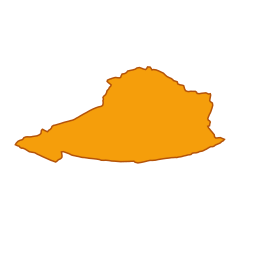 Uriri, Nyanza, Kenya (Equal Earth projection), rotated 120°
{"feature_id": "3690345B30579177198917", "entity_name": "Uriri", "entity_type": "district", "adm_level": 2, "iso_a3": "KEN", "parent_name": "Kenya", "parent_adm1": "Nyanza", "projection": "equal_earth", "projection_center": [34.454, -0.944], "detail": "fine", "context": "isolated", "style": "filled", "palette": "amber", "viewbox_px": 256, "rotation_deg": 120, "n_neighbors": 0, "source": "geoboundaries", "source_scale": "gbopen_adm2", "svg_char_len": 3475}
<svg xmlns="http://www.w3.org/2000/svg" viewBox="0 0 256 256"><g transform="rotate(120 128 128)"><path d="M129.2,71.0L127.8,69.6L126.7,68.1L125.6,66.9L124.4,65.8L122.8,64.0L121.3,62.6L120.4,61.3L119.4,60.2L117.7,59.7L116.5,58.3L115.6,56.8L114.2,55.3L112.6,54.2L111.6,53.0L110.7,52.0L109.6,51.2L108.3,50.4L107.2,49.6L106.1,49.0L104.6,48.2L102.9,47.1L101.7,45.2L100.7,44.4L99.1,43.8L97.6,42.7L96.0,41.5L94.7,40.6L93.0,40.1L91.4,39.1L89.6,38.8L90.0,41.7L90.1,43.1L91.0,44.5L91.9,45.6L92.8,47.0L92.4,48.6L90.7,50.0L90.4,50.8L89.6,52.8L89.0,54.6L88.2,56.6L87.6,58.3L86.6,59.8L85.3,58.5L84.4,58.9L83.0,59.4L81.7,59.7L81.1,60.8L81.0,62.4L80.0,63.6L78.6,63.9L76.9,64.1L75.4,64.3L73.8,64.3L71.8,64.6L70.4,64.9L69.4,65.1L68.8,65.2L67.8,65.5L67.3,65.6L65.9,66.0L64.2,67.4L64.0,69.8L63.4,71.0L62.3,71.4L61.2,71.8L59.7,72.3L58.1,72.9L57.2,73.9L58.3,75.1L58.6,78.1L59.9,79.9L61.2,81.7L62.3,83.0L62.7,83.5L63.2,84.7L63.5,85.4L62.7,86.6L62.6,88.1L63.7,89.9L64.9,92.2L66.1,93.6L66.7,95.1L66.9,96.9L65.8,98.6L64.5,99.9L63.5,101.0L63.9,102.7L64.6,104.5L64.9,106.9L63.4,108.4L63.5,109.2L64.2,112.4L63.9,112.9L63.7,113.6L63.5,115.3L63.8,117.7L63.9,120.2L63.4,122.6L62.8,124.7L63.0,127.1L63.2,129.8L63.5,131.8L63.6,132.6L64.6,135.1L65.7,136.3L64.9,137.7L64.2,139.3L65.3,141.6L67.2,141.6L68.6,142.0L69.2,144.1L69.5,146.2L69.9,148.3L71.6,150.3L73.6,151.2L74.0,151.7L75.0,152.6L75.3,152.9L76.7,154.5L78.9,156.8L80.6,157.0L82.0,157.7L83.0,158.6L84.2,160.1L86.3,160.0L87.7,159.7L88.7,160.2L89.6,161.9L90.2,163.5L90.6,164.3L91.2,164.9L92.4,166.1L93.0,166.7L93.6,167.1L94.7,168.2L95.3,168.6L95.8,169.0L96.8,169.7L98.1,169.4L98.5,167.7L98.8,166.0L98.9,165.0L99.1,164.1L100.6,163.9L102.1,164.4L103.9,164.2L106.1,164.8L108.4,164.2L110.4,164.1L112.2,164.8L114.0,165.0L115.3,163.7L116.8,163.4L118.7,162.0L120.7,161.3L122.4,161.8L124.6,164.2L126.7,166.0L129.1,167.8L130.6,168.8L131.8,169.6L133.8,170.8L135.4,171.7L137.9,173.3L141.5,175.4L143.6,176.5L145.1,177.5L147.0,178.5L148.4,179.5L149.5,180.5L150.4,181.5L151.5,182.5L155.1,186.2L157.8,188.6L160.3,191.0L161.8,192.4L163.0,193.8L164.6,194.6L166.5,194.3L168.2,194.7L169.8,195.6L171.1,195.7L171.5,195.9L171.8,198.5L171.8,200.0L171.8,200.9L171.9,201.5L173.4,201.8L174.6,201.3L176.2,200.7L177.7,201.1L179.0,201.9L180.3,202.9L181.6,204.5L182.9,206.2L184.0,207.4L185.0,208.9L185.8,210.5L186.8,212.0L188.4,213.3L190.0,213.4L191.2,213.9L192.7,215.4L194.5,216.6L197.0,217.2L198.8,217.2L198.6,214.7L198.2,213.3L198.8,211.6L198.7,210.1L198.0,208.9L197.7,206.5L197.8,204.1L197.9,201.6L196.8,198.5L196.5,197.8L196.0,196.3L196.0,194.4L196.0,193.8L196.0,193.1L195.8,191.8L195.7,190.6L195.5,187.8L194.5,178.4L194.2,177.0L193.9,175.2L193.6,173.6L192.1,172.9L190.9,172.6L190.3,172.4L188.9,171.4L188.4,171.1L187.2,170.7L186.6,170.6L185.7,170.9L185.0,171.3L184.2,171.9L183.7,172.3L182.0,173.7L180.8,172.2L180.4,170.1L180.1,168.3L179.7,166.2L179.6,163.4L179.2,161.8L178.6,160.1L178.0,158.1L177.5,156.8L176.8,154.3L176.4,153.0L175.4,151.0L174.2,148.0L173.6,146.4L172.9,144.9L171.9,142.7L170.6,139.7L169.6,137.0L169.3,135.1L168.1,132.8L167.1,131.3L166.4,129.8L165.6,128.0L164.7,125.5L163.5,123.2L161.9,119.8L161.0,117.9L160.0,116.2L159.0,114.6L157.3,111.8L156.2,110.0L155.2,108.6L154.8,107.9L154.3,107.0L153.8,106.4L154.1,104.7L153.3,102.0L151.3,99.5L149.5,97.5L147.9,95.8L146.7,94.6L145.0,92.7L143.9,90.7L142.0,88.0L140.4,86.3L138.6,84.1L136.9,82.0L135.2,79.8L133.6,77.6L132.0,75.6L130.8,73.7L129.8,72.3L129.2,71.0Z" fill="#f59e0b" stroke="#b45309" stroke-width="1.5"/></g></svg>